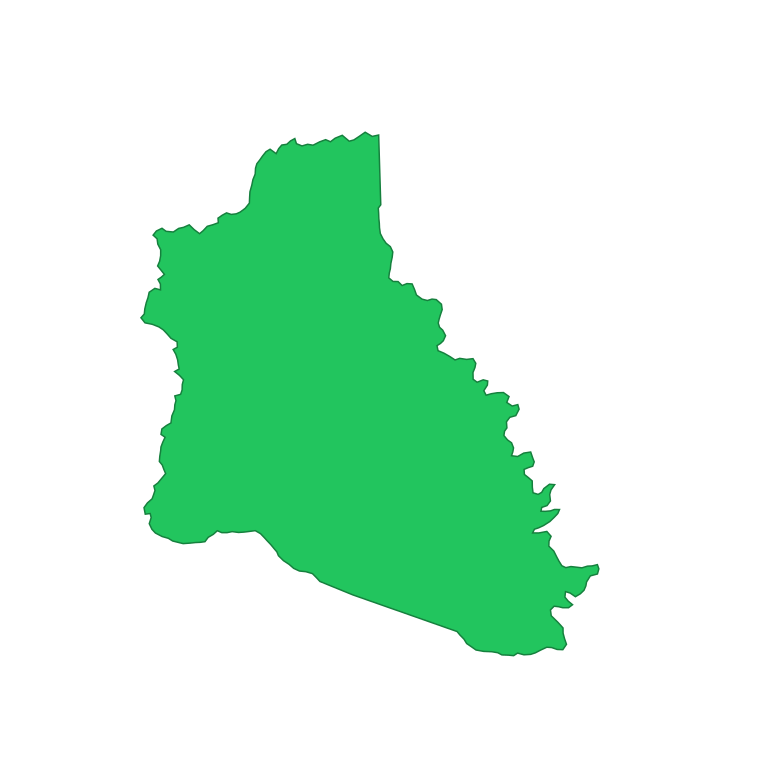 Painel, Santa Catarina, Brazil (orthographic projection), rotated 293°
{"feature_id": "56859067B85496542343557", "entity_name": "Painel", "entity_type": "district", "adm_level": 2, "iso_a3": "BRA", "parent_name": "Brazil", "parent_adm1": "Santa Catarina", "projection": "orthographic", "projection_center": [-50.065, -27.98], "detail": "fine", "context": "isolated", "style": "filled", "palette": "green", "viewbox_px": 768, "rotation_deg": 293, "n_neighbors": 0, "source": "geoboundaries", "source_scale": "gbopen_adm2", "svg_char_len": 4119}
<svg xmlns="http://www.w3.org/2000/svg" viewBox="0 0 768 768"><g transform="rotate(293 384 384)"><path d="M350.0,134.4L346.9,140.1L348.4,147.3L348.6,154.5L347.6,159.7L345.5,164.5L342.8,170.1L342.0,177.1L337.1,179.4L333.4,176.4L330.0,180.8L325.6,184.6L321.1,187.3L317.8,189.6L313.7,186.4L312.0,192.4L309.6,197.8L304.7,198.5L299.6,200.5L295.0,200.8L291.3,196.1L287.4,199.0L283.1,199.6L278.4,201.2L271.7,201.2L264.9,203.1L260.7,199.9L255.8,197.1L250.5,198.4L249.4,203.3L244.1,203.1L238.9,203.3L235.3,204.5L229.7,205.9L224.9,207.5L222.8,211.5L219.5,214.6L216.2,218.0L209.8,216.1L204.5,214.5L200.2,212.0L196.5,214.8L191.6,215.2L187.7,215.4L182.1,212.7L176.4,211.4L170.9,215.1L173.4,219.4L170.0,221.9L163.7,222.5L159.6,227.1L157.5,231.8L156.9,239.4L157.7,245.8L156.9,250.8L157.6,255.3L158.6,261.5L161.9,267.9L164.4,272.4L166.5,276.8L168.9,280.8L174.2,282.1L178.9,285.6L183.8,287.9L183.8,292.8L185.9,297.7L188.8,301.9L190.5,308.1L193.1,313.2L195.4,317.2L198.7,322.8L198.0,328.8L195.9,333.7L194.0,337.8L192.0,342.4L189.5,347.2L187.6,351.0L184.7,353.9L182.1,360.5L180.9,367.1L179.0,372.9L178.8,379.2L180.7,385.4L181.5,392.2L179.5,397.1L177.2,402.2L177.7,437.7L184.7,548.0L182.5,552.2L180.4,557.3L177.4,561.5L176.4,566.6L175.1,572.6L176.8,580.2L179.7,587.9L181.1,593.8L180.7,598.4L183.0,604.4L184.6,609.5L188.5,612.1L189.4,618.6L192.4,624.6L195.7,628.4L200.2,632.1L205.3,636.7L206.9,641.3L207.3,647.1L209.3,652.4L215.7,653.7L220.1,649.7L224.6,646.2L229.4,644.1L232.4,637.6L236.0,628.5L241.1,625.5L245.9,627.4L247.2,631.7L247.9,636.0L250.2,641.3L254.5,643.8L256.1,638.4L258.5,633.8L263.8,632.2L264.3,637.1L263.0,643.3L267.6,646.7L272.3,648.7L277.1,648.7L280.9,647.8L288.0,648.9L292.5,654.7L297.8,654.0L301.1,651.0L297.9,646.7L295.8,642.4L292.1,638.0L290.7,633.1L289.0,627.4L286.0,623.1L286.2,618.7L289.2,614.4L292.1,610.8L296.6,605.5L299.1,599.1L303.8,597.3L309.1,597.3L311.9,591.5L307.3,584.6L305.0,579.0L309.1,579.2L312.0,582.5L316.1,586.2L322.2,590.4L328.1,592.9L332.7,594.6L337.0,594.6L335.1,589.9L332.3,586.9L329.8,582.2L328.2,578.2L332.0,577.4L335.8,581.6L341.4,582.9L347.0,579.7L351.7,579.1L358.0,580.4L356.4,575.5L350.2,572.0L345.9,571.5L342.6,569.0L342.1,563.7L346.9,560.9L352.7,558.3L354.1,554.0L355.6,548.6L360.1,546.3L363.5,549.6L366.4,553.0L371.0,552.7L373.8,550.0L378.7,545.6L375.0,539.6L369.5,535.4L367.8,529.4L371.8,529.1L375.8,528.2L379.7,524.4L380.8,519.5L383.4,514.5L387.7,513.4L391.6,514.3L397.0,511.5L402.5,512.8L406.4,517.7L413.6,518.2L417.3,515.2L413.8,510.6L415.0,504.2L421.3,504.0L422.8,497.3L420.2,491.7L417.0,486.6L413.6,482.4L416.8,478.5L423.4,479.6L427.3,478.3L426.6,473.7L422.0,469.0L423.2,464.2L429.4,461.4L434.7,461.3L438.9,460.4L442.1,456.0L438.9,450.4L437.2,443.7L433.9,440.0L435.0,434.0L435.8,427.2L435.8,420.7L440.0,417.8L443.5,420.2L447.0,421.7L452.5,421.8L456.5,417.0L457.9,413.0L461.3,410.1L465.2,409.4L469.6,408.9L475.2,408.5L479.9,405.7L482.1,399.1L480.9,395.0L477.8,391.3L477.0,385.9L478.6,379.1L482.9,375.2L487.1,370.8L485.4,365.9L481.7,362.2L483.8,356.9L481.9,352.2L483.6,346.9L488.3,345.5L492.6,344.8L497.7,343.2L503.9,342.0L509.0,340.5L512.9,336.2L514.4,330.9L517.2,326.4L521.1,321.8L526.1,318.8L530.1,316.9L534.3,314.6L539.2,312.3L543.7,310.0L547.7,311.0L611.1,281.8L607.3,276.4L608.4,268.3L602.2,264.4L596.9,260.9L593.9,257.1L596.6,248.4L591.2,243.0L586.1,240.1L586.1,234.8L581.8,230.2L576.1,225.4L574.8,220.0L571.1,215.5L571.0,209.5L575.1,206.0L571.3,203.0L566.7,200.9L564.0,196.5L559.5,195.1L553.9,194.7L555.6,187.4L551.7,184.6L546.3,183.1L541.6,182.1L537.1,180.9L532.5,181.4L526.9,183.4L520.9,183.5L515.5,184.6L508.6,185.5L503.2,187.4L497.9,189.4L491.5,187.6L486.0,184.4L482.9,181.5L480.4,177.1L480.0,172.2L476.1,169.1L471.8,166.4L467.7,168.5L463.8,164.3L460.1,159.7L454.4,157.6L450.3,155.5L451.9,149.0L454.4,142.5L449.9,138.3L447.0,134.2L441.6,130.7L439.4,123.7L440.6,118.8L435.9,114.7L430.8,113.3L429.0,118.4L424.4,121.1L420.3,126.0L414.8,128.3L409.4,129.5L404.2,129.5L399.1,139.0L395.4,137.3L391.9,135.1L388.7,139.1L383.3,141.5L382.5,135.7L376.7,132.0L371.3,133.0L365.9,133.4L359.6,134.5L354.8,136.0L350.0,134.4Z" fill="#22c55e" stroke="#15803d" stroke-width="1.5"/></g></svg>